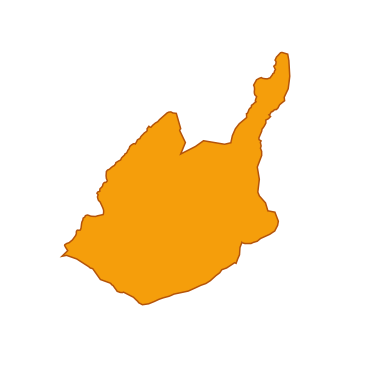 Shani, Borno, Nigeria, rotated 335°
{"feature_id": "59680162B31817043180897", "entity_name": "Shani", "entity_type": "district", "adm_level": 2, "iso_a3": "NGA", "parent_name": "Nigeria", "parent_adm1": "Borno", "projection": "albers", "projection_center": [11.982, 10.196], "detail": "fine", "context": "isolated", "style": "filled", "palette": "amber", "viewbox_px": 384, "rotation_deg": 335, "n_neighbors": 0, "source": "geoboundaries", "source_scale": "gbopen_adm2", "svg_char_len": 3724}
<svg xmlns="http://www.w3.org/2000/svg" viewBox="0 0 384 384"><g transform="rotate(335 192 192)"><path d="M211.0,114.1L208.1,112.3L206.7,110.5L204.8,109.8L202.8,109.8L200.2,110.6L195.8,111.9L193.1,112.7L190.7,113.8L188.0,114.0L184.6,114.9L182.1,116.0L181.2,115.2L180.7,114.2L178.0,115.7L177.4,117.3L176.4,117.9L173.6,118.4L172.7,118.8L170.0,119.8L168.6,120.5L167.3,121.6L166.3,121.5L164.6,121.7L163.3,122.8L161.0,124.5L160.4,123.9L159.3,123.5L156.8,123.8L154.8,124.5L153.3,126.2L151.5,127.1L150.2,128.3L149.0,129.1L147.4,129.1L146.5,130.0L144.0,130.8L142.5,131.4L140.7,132.9L139.4,132.8L135.4,133.2L135.0,133.9L132.8,135.2L130.9,135.3L128.8,135.8L126.8,136.5L124.8,136.4L123.1,137.2L121.0,141.0L120.1,143.6L120.1,145.2L120.0,146.0L119.2,146.5L118.0,146.9L117.1,146.4L116.0,146.5L114.7,147.2L113.4,148.8L111.9,149.6L110.1,150.1L109.1,151.5L108.9,152.3L108.2,152.4L107.1,152.1L106.1,152.4L105.3,153.0L105.8,154.8L104.2,156.5L103.8,158.7L103.7,160.1L104.5,162.3L104.5,164.3L104.5,167.2L104.4,169.8L104.0,171.7L103.0,173.6L102.0,174.9L96.5,173.7L94.3,173.4L92.7,172.6L91.0,171.7L89.8,170.9L88.5,169.5L87.4,168.6L85.4,168.4L84.2,169.4L82.3,169.7L81.2,171.3L79.6,172.6L78.5,174.1L77.5,175.7L76.2,177.8L74.7,179.3L73.4,178.9L71.9,178.1L70.7,178.7L70.0,179.9L69.5,181.0L68.1,182.3L66.3,183.3L63.4,184.9L59.1,186.0L56.8,185.7L54.5,186.0L54.0,186.5L54.0,187.9L54.1,189.1L54.6,192.6L51.0,193.9L47.0,195.3L51.5,196.4L59.2,203.9L66.8,215.9L67.7,217.9L69.6,219.5L72.0,232.6L79.1,239.7L79.9,240.8L79.8,241.4L80.1,242.2L81.0,243.5L81.0,244.1L81.3,245.3L81.4,246.1L81.8,247.9L82.2,250.4L84.5,252.7L86.5,253.8L87.6,253.8L90.7,257.8L94.5,262.7L95.6,265.7L96.0,266.7L96.6,268.2L96.9,269.8L99.4,273.2L105.4,275.0L111.4,275.3L115.1,275.3L116.8,275.3L120.8,275.7L122.7,276.0L127.1,276.8L127.4,276.8L129.3,276.9L132.5,276.9L140.2,278.7L146.7,280.2L154.3,280.3L157.8,280.3L160.7,280.3L165.9,280.8L167.5,280.6L171.2,280.1L178.3,277.9L183.0,276.9L186.2,275.0L191.3,275.5L200.8,274.1L201.8,275.3L205.2,271.9L208.5,269.0L212.0,262.6L215.8,258.9L215.8,259.0L218.2,261.1L223.7,263.6L223.8,263.6L226.5,263.6L226.9,263.7L230.3,264.2L234.5,263.1L244.6,263.2L248.4,262.6L250.5,262.3L255.5,258.4L257.9,255.0L258.3,249.5L258.6,245.3L252.8,241.1L254.0,232.9L251.4,224.1L251.6,219.9L258.4,208.9L261.7,197.0L270.6,188.3L272.3,184.6L272.5,181.3L274.1,179.5L274.9,175.9L276.2,174.9L274.9,172.9L275.5,171.2L276.6,170.2L280.8,166.4L281.9,164.8L282.7,164.2L283.6,163.9L285.9,162.4L288.1,160.7L289.3,158.0L292.2,157.9L295.1,156.8L294.4,154.6L295.4,154.6L296.5,153.7L297.4,153.1L298.2,152.9L298.6,153.1L299.0,152.8L299.3,152.9L300.1,152.9L301.0,152.4L301.3,152.3L301.6,152.4L301.9,152.5L302.2,152.4L302.6,152.7L303.0,152.7L303.2,152.9L303.7,152.8L304.3,152.6L304.9,152.4L305.7,152.0L306.5,151.3L308.4,149.9L311.5,149.1L314.5,148.4L315.6,145.1L322.8,139.1L326.8,132.8L329.5,128.4L335.3,113.9L337.0,107.5L332.5,103.5L331.1,103.2L325.6,105.4L323.0,107.6L323.3,109.3L322.8,110.4L321.4,112.2L320.4,112.1L319.3,112.6L319.3,115.0L319.4,116.3L317.8,117.3L316.9,118.7L315.4,118.9L314.1,119.9L312.2,120.9L310.9,121.6L309.8,121.4L308.1,121.3L306.1,120.2L304.0,118.8L303.2,117.6L302.1,117.5L300.8,117.4L297.9,117.6L294.1,120.4L293.0,121.2L292.9,123.1L292.5,124.3L292.0,125.5L290.9,127.3L290.3,128.8L290.0,130.4L290.9,132.9L289.3,134.5L288.3,135.6L287.8,136.5L288.1,137.3L286.0,137.7L284.9,138.1L283.7,138.4L282.7,138.5L282.2,139.0L282.1,139.3L281.9,139.8L281.4,140.1L280.9,140.5L280.0,140.5L278.5,141.3L277.0,142.8L275.4,144.2L274.5,144.0L273.0,147.6L263.7,150.1L258.1,153.0L252.4,158.0L248.0,163.8L241.7,162.5L224.1,150.4L214.4,152.2L197.8,152.8L206.9,144.4L206.8,131.0L207.7,130.1L208.4,130.0L208.5,129.9L211.0,114.1Z" fill="#f59e0b" stroke="#b45309" stroke-width="1.5"/></g></svg>